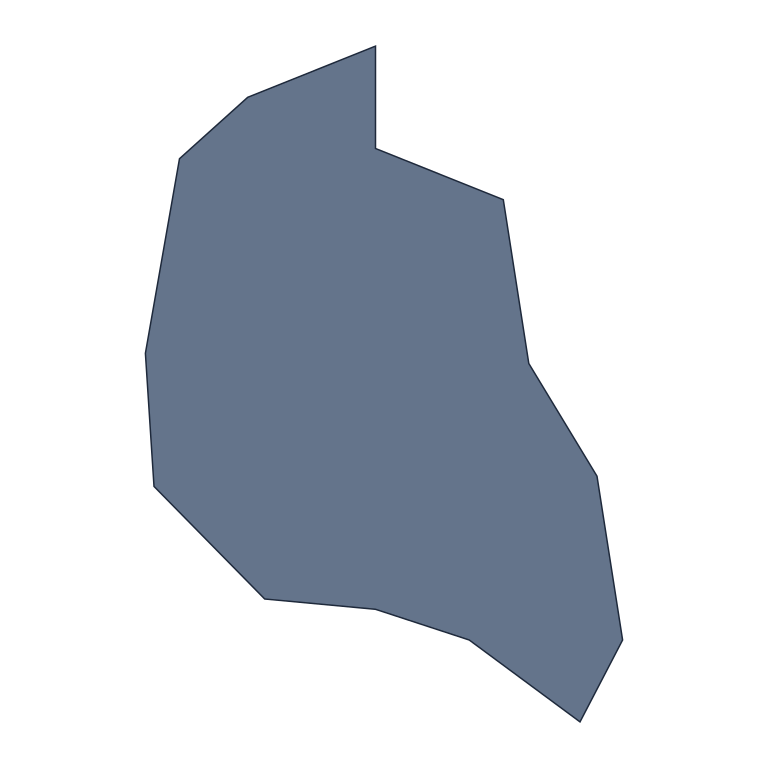 map outline of Għargħur (Robinson projection)
{"feature_id": "MLT-5932", "entity_name": "Għargħur", "entity_type": "state/province", "adm_level": 1, "iso_a3": "MLT", "parent_name": "Malta", "parent_adm1": "", "projection": "robinson", "projection_center": [14.455, 35.919], "detail": "fine", "context": "isolated", "style": "filled", "palette": "slate", "viewbox_px": 768, "rotation_deg": 0, "n_neighbors": 0, "source": "natural_earth", "source_scale": "10m", "svg_char_len": 310}
<svg xmlns="http://www.w3.org/2000/svg" viewBox="0 0 768 768"><path d="M264.7,599.0L154.0,486.4L145.4,353.3L179.5,158.7L247.7,97.3L375.5,46.1L375.5,148.5L503.3,199.7L528.8,363.5L597.0,476.2L622.6,640.0L580.0,721.9L469.2,640.0L375.5,609.3L264.7,599.0Z" fill="#64748b" stroke="#1e293b" stroke-width="1.5"/></svg>